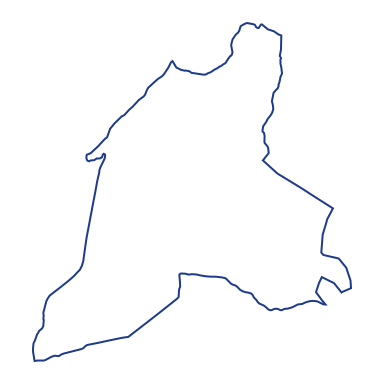 Bikoro, Équateur, Democratic Republic of the Congo (orthographic projection)
{"feature_id": "63176286B68262610189121", "entity_name": "Bikoro", "entity_type": "district", "adm_level": 2, "iso_a3": "COD", "parent_name": "Democratic Republic of the Congo", "parent_adm1": "Équateur", "projection": "orthographic", "projection_center": [18.187, -0.751], "detail": "fine", "context": "isolated", "style": "outline", "palette": "blue", "viewbox_px": 384, "rotation_deg": 0, "n_neighbors": 0, "source": "geoboundaries", "source_scale": "gbopen_adm2", "svg_char_len": 4048}
<svg xmlns="http://www.w3.org/2000/svg" viewBox="0 0 384 384"><path d="M278.4,34.4L273.9,31.3L267.8,29.3L261.9,24.4L261.4,24.5L260.9,24.6L258.7,28.0L257.1,27.8L256.0,26.9L254.9,24.9L253.7,24.3L252.1,24.0L246.8,23.0L244.0,24.2L240.6,26.2L240.0,28.3L239.9,28.5L239.6,29.7L239.5,30.1L239.2,30.7L238.2,32.5L235.8,34.6L232.6,39.3L231.4,43.8L231.2,45.4L231.8,48.7L232.5,52.3L232.1,53.8L231.9,54.7L231.8,54.8L230.5,55.9L230.5,56.0L230.4,56.0L230.1,56.3L228.8,58.0L228.1,58.8L227.7,59.8L226.6,61.1L226.0,62.5L225.2,63.2L223.9,64.0L222.9,64.6L221.6,65.6L220.4,66.3L218.8,67.0L217.8,68.0L214.3,69.7L213.1,70.6L212.4,71.1L211.6,71.6L210.9,72.1L209.5,72.7L208.6,73.0L208.0,73.2L205.6,74.6L205.4,74.6L203.1,74.6L196.7,73.6L193.2,73.1L191.4,72.8L189.5,71.3L185.8,70.5L184.6,70.7L183.8,70.5L180.9,69.8L177.3,68.0L176.4,67.6L172.5,61.1L171.0,62.3L168.2,67.9L165.0,72.6L164.2,73.9L162.3,76.0L162.0,76.3L161.1,76.9L157.9,79.0L156.3,80.4L153.7,82.7L150.4,85.8L148.3,87.6L147.9,88.3L147.2,89.5L145.0,94.8L143.6,96.5L138.8,100.0L136.0,103.1L134.9,104.3L134.2,105.0L132.9,106.5L129.3,109.6L124.4,115.0L122.0,116.3L121.7,116.4L121.3,116.8L114.2,123.7L114.1,123.9L113.8,124.3L110.1,128.8L107.1,137.3L106.6,137.7L104.6,139.2L97.8,146.6L94.3,149.8L90.7,153.2L90.1,153.4L86.9,154.7L86.4,156.2L86.4,157.3L86.4,158.3L87.0,159.9L87.2,160.3L87.5,160.7L89.2,161.3L90.2,160.7L90.6,160.5L91.5,160.4L92.4,160.3L93.8,160.2L94.0,160.2L94.3,160.1L95.3,159.4L96.6,158.5L98.0,158.5L100.0,158.4L101.5,157.5L102.0,157.2L102.9,154.6L103.7,153.8L104.1,154.0L104.7,154.2L105.1,155.2L105.0,157.1L104.5,158.9L100.4,167.3L100.2,167.8L100.0,168.5L99.6,169.6L99.3,170.6L99.3,171.7L99.3,172.1L97.2,181.3L95.1,192.9L93.9,199.0L86.6,237.6L84.4,252.6L83.3,261.0L81.9,265.8L79.9,269.7L77.3,272.4L74.1,275.9L68.4,280.9L59.1,288.3L55.2,291.3L49.9,295.4L49.0,296.6L47.9,298.2L46.3,301.3L43.3,312.9L43.5,314.3L43.7,316.0L43.5,317.2L43.4,318.7L43.6,319.6L43.8,320.2L43.3,325.3L43.3,326.1L42.4,327.9L42.1,328.4L40.7,329.6L38.9,331.1L38.3,332.7L37.1,334.4L35.2,339.8L33.5,343.5L33.0,348.6L33.1,352.1L34.6,361.0L37.9,360.5L43.8,360.5L45.7,359.9L51.2,356.9L54.2,355.8L55.9,355.8L58.2,356.1L59.3,355.9L61.2,354.5L63.9,353.5L72.9,351.2L81.9,348.9L83.8,347.8L85.0,346.4L86.9,345.1L88.6,344.7L98.4,342.8L108.5,340.6L122.0,337.8L128.3,336.9L157.7,314.1L176.1,299.5L176.9,298.9L178.6,297.1L178.7,295.8L178.9,292.0L179.2,289.1L180.1,286.8L180.1,284.7L179.9,281.3L179.4,275.8L179.5,274.4L180.8,273.5L182.2,273.5L184.3,273.7L185.3,273.7L188.6,274.6L192.1,274.2L196.6,274.5L199.9,275.3L200.9,275.5L205.9,276.3L211.2,276.7L215.8,276.7L222.0,277.4L225.2,278.2L226.3,278.9L227.5,280.1L229.4,282.0L230.7,283.4L232.5,284.6L234.1,285.0L236.0,285.8L238.2,287.8L240.1,289.8L243.2,291.5L246.5,292.4L247.4,292.5L248.3,292.6L250.2,293.2L250.7,293.3L251.7,294.1L252.4,294.6L252.8,295.3L253.9,297.5L255.5,299.1L256.5,300.1L256.6,300.3L257.4,301.6L258.8,303.1L259.1,303.4L263.9,305.6L265.9,307.1L268.1,309.3L270.1,310.2L271.8,310.1L274.5,308.8L277.5,308.8L279.3,309.6L280.3,310.1L281.7,310.2L284.5,308.9L287.8,308.6L292.3,307.3L292.9,307.0L297.7,304.5L300.8,304.1L301.5,304.0L302.1,304.0L303.5,303.3L304.0,303.1L304.6,302.8L306.0,302.2L310.7,301.0L313.5,300.9L317.4,301.4L323.2,304.3L325.3,304.5L325.5,304.5L322.0,300.3L316.0,292.1L319.0,283.1L321.8,277.1L334.0,283.1L341.5,292.4L341.7,292.2L351.0,288.2L350.5,280.5L346.3,267.8L343.2,264.0L338.7,258.5L323.4,255.0L321.3,252.5L322.7,234.6L325.0,227.0L325.9,224.0L327.3,219.1L331.8,210.6L332.9,208.4L331.7,207.6L315.5,197.3L310.7,194.2L305.8,191.0L299.3,186.9L277.5,173.6L262.9,160.4L268.7,153.1L268.2,148.4L267.5,146.3L264.7,143.0L264.4,141.7L264.6,136.2L264.0,132.9L263.2,132.3L262.5,131.2L262.6,130.0L263.2,126.2L263.3,126.0L263.5,125.8L266.1,122.1L267.6,119.1L270.6,115.3L272.2,112.6L273.3,109.0L272.8,104.8L271.9,101.2L273.6,92.8L274.8,91.4L276.1,89.8L277.6,88.5L278.6,86.2L278.5,84.5L279.1,83.2L279.4,82.4L280.0,79.6L280.4,77.2L282.0,73.6L281.3,67.4L280.5,63.9L280.4,59.6L281.1,58.3L279.8,55.9L281.0,49.4L281.3,35.5L278.4,34.4Z" fill="none" stroke="#1e3a8a" stroke-width="2"/></svg>